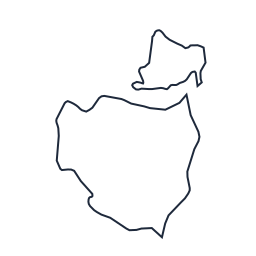 the border of Obwalden, rotated 280°
{"feature_id": "CHE-3427", "entity_name": "Obwalden", "entity_type": "Canton", "adm_level": 1, "iso_a3": "CHE", "parent_name": "Switzerland", "parent_adm1": "", "projection": "albers", "projection_center": [8.312, 46.869], "detail": "fine", "context": "isolated", "style": "outline", "palette": "slate", "viewbox_px": 256, "rotation_deg": 280, "n_neighbors": 0, "source": "natural_earth", "source_scale": "10m", "svg_char_len": 1760}
<svg xmlns="http://www.w3.org/2000/svg" viewBox="0 0 256 256"><g transform="rotate(280 128 128)"><path d="M171.0,179.8L151.5,187.5L136.5,198.0L131.7,199.9L127.3,199.7L118.7,197.0L95.4,194.0L90.1,195.1L79.6,199.2L77.3,199.6L73.9,198.7L68.6,196.3L64.0,193.1L49.0,183.1L40.4,181.2L26.3,180.4L33.6,168.8L31.3,158.7L29.1,154.0L27.6,147.2L28.7,143.8L36.5,126.1L38.1,116.8L39.8,112.0L41.2,108.9L44.5,104.2L46.4,102.6L48.5,101.8L51.0,101.6L52.5,101.9L53.3,102.6L53.9,104.2L54.9,104.8L56.9,104.3L67.5,90.8L76.5,82.4L77.2,79.2L76.7,75.9L75.1,70.2L76.1,68.4L83.5,63.5L108.2,61.2L115.7,59.4L118.3,58.2L120.7,56.8L122.6,56.1L124.4,56.1L141.4,61.3L142.8,62.3L144.0,64.0L143.3,67.4L142.5,70.1L141.3,73.1L140.1,75.3L138.6,77.4L137.5,79.6L136.9,84.0L139.2,86.9L141.8,89.4L152.4,94.3L154.6,96.4L155.5,99.1L155.4,116.5L154.8,119.5L152.6,126.9L152.1,140.1L151.4,146.2L152.5,161.6L161.7,174.3L171.0,179.8ZM185.7,192.7L181.4,189.2L194.2,185.1L195.2,183.9L194.4,181.7L193.0,180.4L186.1,177.4L184.3,176.0L183.0,174.3L181.3,171.1L179.8,169.5L179.1,168.6L178.7,167.9L178.5,166.9L178.1,164.1L177.5,162.7L174.1,160.6L173.0,159.6L173.0,157.9L173.3,155.7L173.2,153.4L170.6,145.2L170.0,142.1L169.1,134.5L167.6,131.5L167.4,129.2L169.1,126.0L170.9,124.7L172.5,125.2L174.9,128.6L174.9,131.1L174.8,132.9L174.5,134.3L174.5,135.1L175.3,135.2L177.0,134.7L185.5,129.1L187.5,129.0L189.5,129.9L191.2,133.9L195.8,137.5L217.5,136.6L222.1,136.2L223.7,137.3L227.5,138.2L228.7,139.3L229.4,140.7L229.7,141.9L229.2,143.4L227.9,145.4L224.5,149.1L222.1,153.7L219.6,162.0L218.5,166.7L216.6,170.6L217.7,173.2L218.8,174.3L220.1,175.1L220.5,176.7L220.9,178.9L221.6,182.1L221.1,185.4L220.3,188.5L205.8,193.0L196.9,189.8L194.6,189.8L188.7,191.1L185.7,192.7Z" fill="none" stroke="#1e293b" stroke-width="2"/></g></svg>